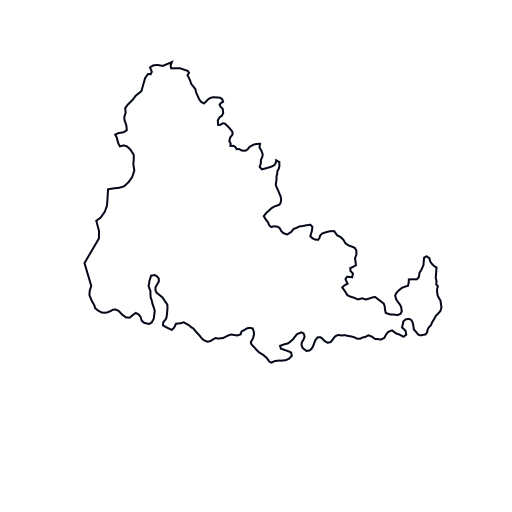 Turvelândia, Goiás, Brazil (orthographic projection), rotated 300°
{"feature_id": "56859067B88564210789001", "entity_name": "Turvelândia", "entity_type": "district", "adm_level": 2, "iso_a3": "BRA", "parent_name": "Brazil", "parent_adm1": "Goiás", "projection": "orthographic", "projection_center": [-50.301, -17.798], "detail": "fine", "context": "isolated", "style": "outline", "palette": "ink", "viewbox_px": 512, "rotation_deg": 300, "n_neighbors": 0, "source": "geoboundaries", "source_scale": "gbopen_adm2", "svg_char_len": 5340}
<svg xmlns="http://www.w3.org/2000/svg" viewBox="0 0 512 512"><g transform="rotate(300 256 256)"><path d="M130.4,142.7L129.8,146.6L129.9,150.8L131.1,153.1L132.4,155.1L135.6,157.6L137.8,158.8L139.4,161.0L139.8,164.4L138.3,169.5L137.8,174.2L139.5,177.5L142.6,178.6L146.6,180.3L146.7,183.5L145.7,186.3L142.9,189.3L142.2,192.5L143.6,197.3L146.2,198.9L150.6,198.8L154.4,197.2L157.9,195.7L160.3,193.2L162.3,190.8L165.4,187.9L167.3,185.6L170.4,183.5L172.9,182.1L174.5,180.0L176.4,177.9L178.7,177.2L181.3,176.1L186.5,175.0L188.8,177.7L188.9,180.2L188.0,182.9L185.4,184.6L181.0,184.6L178.6,184.6L175.9,186.2L174.5,188.2L174.0,191.7L173.3,195.9L171.6,199.3L169.6,203.5L166.6,205.4L161.3,207.9L157.8,209.3L155.5,209.4L152.4,208.8L149.4,210.1L149.4,213.9L149.9,220.0L152.8,220.9L157.4,220.6L160.1,224.4L162.4,226.5L162.5,232.9L161.9,235.6L161.9,238.0L160.5,241.7L158.7,247.4L157.5,250.3L157.0,253.0L157.5,256.9L159.6,259.1L162.5,260.6L164.7,262.0L165.7,264.8L168.7,268.7L170.9,270.1L172.8,271.3L175.5,273.6L176.8,276.9L177.8,279.5L180.5,281.9L183.4,281.2L186.1,282.9L189.0,284.5L190.6,286.4L191.6,289.3L189.4,291.9L186.8,293.6L182.9,294.6L178.7,294.6L177.2,296.2L176.0,300.3L175.2,302.6L174.1,306.5L174.0,311.4L173.1,316.3L171.3,320.1L171.3,322.6L174.3,324.7L176.5,327.5L178.0,330.2L180.6,333.8L183.7,336.0L187.5,336.9L190.0,334.7L189.6,331.3L189.1,328.5L188.2,323.8L190.2,321.8L193.4,324.4L196.3,327.4L198.5,328.4L202.5,329.7L205.6,330.1L208.8,330.6L212.6,333.5L212.7,336.0L210.7,338.3L207.9,338.9L203.8,338.9L201.4,340.1L199.7,342.3L199.0,347.1L200.8,349.5L203.2,350.5L206.6,350.5L212.5,349.5L216.3,350.0L217.9,352.4L217.6,354.8L216.7,357.8L216.7,361.5L218.9,363.8L225.9,364.7L228.5,366.4L230.3,370.4L231.8,372.4L232.8,375.7L233.9,378.6L234.7,381.5L235.0,384.9L236.4,387.5L238.6,389.0L240.7,391.2L243.5,393.0L244.1,396.6L243.7,400.6L245.0,403.2L246.1,406.0L249.3,408.1L253.1,407.9L256.5,408.5L259.6,411.0L259.2,413.9L259.0,416.6L259.6,418.8L259.7,421.1L259.8,424.1L262.9,425.5L265.8,423.1L266.6,420.7L267.1,418.2L269.9,417.4L273.1,416.3L276.1,417.4L278.2,420.3L278.1,422.7L276.9,424.7L274.4,427.0L271.3,429.4L270.2,432.8L269.0,435.8L269.6,438.3L271.2,440.1L272.9,442.1L275.3,442.4L277.9,441.5L280.4,441.3L283.5,442.1L286.7,441.7L290.8,441.8L294.4,441.7L297.1,442.5L300.4,443.2L304.2,442.3L307.1,440.0L309.5,438.2L310.8,435.9L312.4,433.3L315.0,431.1L318.0,429.3L320.7,428.7L321.6,426.2L324.5,424.9L326.9,422.6L336.3,418.1L336.4,415.0L337.3,411.7L338.5,409.5L340.7,407.4L341.1,404.0L338.7,402.4L334.9,404.1L331.8,405.6L326.5,406.1L323.2,406.0L319.1,407.6L316.2,406.9L313.8,402.7L312.1,400.1L309.4,401.5L306.2,402.5L303.1,399.6L301.3,398.3L297.9,396.9L294.7,396.1L291.5,396.2L288.7,398.8L287.1,402.0L286.0,404.7L284.6,407.0L281.0,409.9L278.2,410.1L275.6,408.1L274.1,404.4L272.8,402.2L272.1,399.9L271.6,396.8L274.3,394.3L276.7,392.7L278.7,390.4L279.4,384.5L280.1,379.6L278.3,377.5L276.1,375.6L273.3,373.0L272.5,369.3L269.3,365.8L268.9,361.8L268.0,358.0L267.7,354.8L270.0,350.6L271.9,346.4L274.9,347.3L277.8,349.2L279.1,347.2L280.8,345.0L283.5,345.2L285.7,349.9L289.3,348.7L290.3,345.3L292.6,343.7L295.2,345.5L297.9,347.2L300.6,345.2L303.5,342.9L307.6,342.2L311.1,340.0L312.4,337.4L312.1,334.5L311.5,331.6L311.6,327.4L313.6,323.8L314.7,320.2L314.5,315.9L316.6,311.3L314.4,307.6L311.5,304.6L308.6,302.1L305.9,301.3L303.5,301.9L301.2,301.8L299.8,299.1L299.6,296.1L300.2,293.2L305.5,291.9L309.3,290.4L310.3,287.5L307.9,284.4L305.1,281.2L303.4,278.9L300.6,277.0L298.2,275.0L294.4,274.5L290.2,272.2L289.5,268.3L290.3,265.2L291.9,262.8L292.2,260.0L290.6,256.6L288.7,254.7L289.2,252.1L291.1,249.7L292.6,246.0L294.4,242.8L298.8,243.4L301.1,244.3L303.2,244.9L305.3,245.6L307.8,247.0L310.1,248.9L312.0,250.6L314.4,250.7L317.3,249.7L319.8,247.6L323.8,242.4L325.7,239.7L327.5,237.5L332.6,235.5L334.9,234.1L337.7,233.3L340.1,232.1L342.8,232.1L345.3,231.4L349.0,229.3L349.0,225.6L346.8,226.5L344.1,226.5L341.5,225.0L339.5,223.2L337.2,221.0L334.0,217.8L335.0,214.6L338.6,213.9L341.7,212.2L345.0,211.9L347.4,211.0L349.8,208.1L351.8,204.7L355.2,203.4L353.0,200.1L351.3,198.3L348.9,196.8L346.7,195.7L344.0,195.4L341.9,194.2L340.2,191.0L340.2,188.0L338.9,185.8L340.0,183.8L340.1,181.4L338.6,178.8L340.9,177.7L342.2,175.4L345.8,174.4L349.4,174.9L351.6,173.7L353.2,170.0L354.3,166.3L355.1,163.0L354.3,160.8L351.7,159.5L350.6,157.6L354.4,155.1L358.0,155.1L360.3,156.3L363.3,156.2L366.8,153.6L367.6,150.6L369.0,148.7L371.2,149.3L373.1,150.4L374.8,148.5L375.2,146.1L374.3,143.9L372.1,139.6L370.6,137.9L368.3,136.4L365.1,135.6L362.1,134.6L362.0,131.6L363.1,128.8L364.5,126.8L367.6,122.5L370.2,120.0L371.6,116.6L372.8,113.6L374.7,111.6L376.6,109.0L378.4,106.2L381.1,106.4L382.2,104.4L381.6,101.6L380.6,96.3L376.1,88.7L378.4,86.7L381.9,86.2L374.0,80.2L372.2,75.2L369.7,71.7L366.3,69.9L363.4,73.7L360.7,73.9L359.7,71.5L354.7,71.0L341.5,74.3L334.7,71.7L329.7,71.1L322.7,69.2L318.5,68.8L315.1,71.4L310.6,72.4L308.0,74.1L304.3,78.4L300.3,81.2L296.9,79.4L293.5,75.3L290.7,73.4L288.9,76.3L285.1,79.9L282.9,83.3L285.6,86.1L286.4,89.6L285.3,94.2L282.5,99.5L278.6,101.8L274.1,103.9L269.2,107.9L262.3,109.3L256.2,108.7L250.4,106.9L246.8,103.6L243.4,98.9L239.8,94.5L227.8,100.5L224.6,101.9L218.7,102.9L211.7,102.3L206.6,100.1L199.0,107.7L192.6,111.2L164.1,111.0L147.7,128.3L142.7,129.4L138.8,131.3L135.0,136.3L132.3,140.9L130.4,142.7Z" fill="none" stroke="#020617" stroke-width="2"/></g></svg>